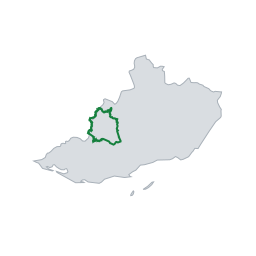 Catacamas, Olancho, Honduras shown in context, rotated 166°
{"feature_id": "27666195B98073695243909", "entity_name": "Catacamas", "entity_type": "district", "adm_level": 2, "iso_a3": "HND", "parent_name": "Honduras", "parent_adm1": "Olancho", "projection": "natural_earth1", "projection_center": [-85.508, 14.563], "detail": "fine", "context": "in_parent", "style": "outline", "palette": "green", "viewbox_px": 256, "rotation_deg": 166, "n_neighbors": 0, "source": "geoboundaries", "source_scale": "gbopen_adm2", "svg_char_len": 7555}
<svg xmlns="http://www.w3.org/2000/svg" viewBox="0 0 256 256"><g transform="rotate(166 128 128)"><path d="M227.5,118.8L219.3,118.2L215.4,119.4L213.7,122.0L212.2,123.1L211.0,122.9L208.5,123.9L204.8,126.2L201.4,127.1L198.4,126.5L197.5,127.1L197.3,127.9L196.9,128.6L195.7,129.0L194.4,128.8L192.9,128.0L192.1,128.3L192.0,129.8L191.2,130.2L189.6,129.5L187.9,130.1L186.0,131.9L183.3,132.3L179.8,131.2L177.1,129.3L175.2,126.4L172.9,125.6L168.9,127.8L167.3,130.3L166.9,131.9L167.3,133.2L166.6,134.2L164.7,134.6L163.3,136.3L162.3,139.3L162.1,141.6L162.7,143.2L161.8,144.4L159.3,145.1L156.5,147.7L153.2,152.0L149.9,155.0L146.6,156.7L145.0,158.6L145.1,160.7L144.9,161.4L144.3,161.6L143.2,161.9L136.9,157.4L135.1,154.2L133.5,154.7L131.5,156.3L128.7,159.9L125.7,164.7L124.3,165.3L116.8,164.5L112.8,165.0L112.0,165.6L111.6,167.4L111.8,169.8L112.9,178.4L113.5,181.9L112.9,183.0L110.9,183.1L108.3,183.6L106.8,185.3L106.5,186.9L106.4,189.2L105.5,191.6L103.9,193.4L102.3,194.0L93.4,194.4L93.5,190.5L90.9,188.9L89.5,185.6L88.2,183.3L88.6,182.0L88.5,180.4L84.9,179.2L81.5,180.1L79.5,179.5L78.1,178.7L80.5,176.7L80.7,175.5L79.9,174.6L79.1,174.1L79.4,171.9L79.9,169.2L81.3,163.1L80.8,162.1L78.5,160.2L75.6,160.0L72.4,160.6L70.9,159.7L69.6,157.6L67.3,156.6L63.3,158.2L59.0,160.8L57.7,161.7L56.6,161.6L56.2,159.7L56.0,157.4L55.7,156.9L53.4,156.1L50.8,155.5L49.4,154.9L48.2,153.4L45.0,151.4L44.3,149.9L40.1,146.6L39.2,144.9L38.3,143.7L36.2,142.2L34.6,142.5L29.3,140.6L28.5,140.4L29.2,138.8L30.9,136.2L34.6,133.3L34.9,130.9L34.0,126.4L33.0,123.5L33.6,122.2L34.7,117.0L35.6,115.8L41.0,113.1L41.5,112.8L45.7,109.1L50.4,104.9L55.2,100.4L60.7,95.3L63.7,92.4L65.0,91.1L68.1,92.1L70.6,89.7L72.0,88.9L75.3,86.1L76.4,85.4L81.9,84.3L84.6,84.3L86.9,87.2L88.8,88.8L92.3,87.4L95.2,87.1L107.4,89.8L112.2,88.6L121.0,88.4L125.0,89.0L130.6,85.2L134.2,84.4L138.5,82.6L137.9,80.8L136.9,80.0L143.3,80.8L152.9,84.7L163.2,84.0L166.9,81.9L169.3,81.3L179.8,85.3L182.5,88.3L184.7,88.6L186.4,87.9L186.8,87.3L184.7,86.6L183.8,85.7L192.1,87.6L207.7,102.1L208.0,103.3L201.3,99.0L197.8,99.3L196.9,100.0L197.1,102.3L197.4,103.4L198.9,103.5L200.1,102.9L202.8,103.7L204.6,105.2L206.8,107.6L208.2,110.2L209.6,110.3L211.0,108.7L213.6,108.5L215.4,110.2L216.6,110.1L214.9,107.4L210.9,104.8L211.8,104.6L220.7,109.5L223.2,115.5L225.3,116.9L227.5,118.8ZM123.0,66.7L117.8,69.6L116.2,69.5L118.6,67.3L122.4,65.3L125.6,64.4L128.2,64.8L123.0,66.7ZM140.6,63.5L138.1,65.7L137.7,64.7L138.8,62.7L140.3,61.6L141.7,61.7L141.4,62.6L140.6,63.5Z" fill="#d9dde1" stroke="#a8b0b8" stroke-width="1"/><path d="M150.2,153.7L150.3,153.8L150.6,153.7L150.6,153.8L150.5,154.0L150.4,154.1L150.6,154.2L151.3,154.4L151.5,154.3L151.8,154.3L151.9,154.2L151.7,153.9L151.8,153.8L152.1,153.9L152.2,153.7L152.1,153.2L152.2,152.9L152.4,152.8L152.5,153.2L152.6,153.3L152.7,153.1L152.6,152.9L152.9,152.8L153.0,152.9L153.1,153.0L153.1,152.6L153.4,152.6L153.5,152.6L153.6,152.2L153.8,152.1L153.8,151.9L154.0,151.8L154.1,152.1L154.6,152.1L154.7,151.8L154.8,151.7L155.0,151.8L155.2,151.5L155.5,151.5L155.5,151.1L155.8,150.9L155.6,150.6L155.7,150.3L155.7,150.0L155.9,149.8L156.0,149.6L156.2,149.4L156.4,149.3L156.4,149.2L156.2,148.8L156.3,148.7L156.5,148.7L156.4,148.3L156.4,148.0L156.2,147.9L156.3,147.7L156.6,147.7L156.7,147.8L156.6,148.1L156.8,148.1L157.0,147.9L157.0,147.6L157.0,147.4L157.4,147.4L157.5,147.3L157.5,146.9L157.8,146.8L157.9,146.7L158.5,146.5L158.8,146.7L159.2,146.7L159.3,146.3L159.8,146.4L160.1,146.4L160.3,146.4L160.8,146.6L161.0,146.6L161.4,146.5L161.8,146.6L162.0,146.4L162.4,146.8L162.7,146.4L162.8,145.9L163.0,145.7L163.4,145.3L163.4,145.1L163.5,144.9L163.5,144.7L163.2,144.5L162.9,144.4L162.7,144.3L162.6,143.6L162.4,143.8L162.3,143.7L162.2,143.2L162.2,142.9L162.1,142.7L162.2,142.4L161.8,142.2L161.5,142.3L161.4,142.0L161.4,141.9L161.9,141.6L162.0,141.2L162.0,140.8L162.3,140.8L162.4,140.5L162.4,140.2L162.7,140.0L162.7,139.8L162.5,139.3L162.7,138.9L162.5,138.6L162.9,138.2L163.1,138.3L163.2,138.0L163.5,138.0L163.7,137.8L163.7,137.2L164.0,136.6L164.0,136.3L163.7,135.7L163.9,135.4L163.9,135.0L163.8,134.9L163.7,134.9L163.6,134.6L163.8,134.4L164.1,134.5L164.4,134.2L164.5,134.1L164.6,134.3L164.9,134.5L165.0,134.9L165.1,135.1L165.4,135.3L165.7,135.4L166.1,135.1L166.3,135.1L166.6,134.8L167.1,134.5L167.8,133.2L167.7,133.2L167.2,133.3L167.1,133.2L167.4,132.8L167.6,132.6L167.7,132.3L167.7,132.2L167.5,131.9L167.3,131.8L166.8,131.6L163.3,127.5L163.5,127.4L163.7,127.2L163.9,127.2L164.0,127.1L164.0,126.9L163.9,126.7L163.7,126.7L163.9,126.1L164.0,125.9L164.0,125.7L164.2,125.4L164.2,124.9L164.2,124.6L164.3,124.4L164.6,124.4L164.8,124.2L165.0,124.1L165.1,123.9L165.1,123.7L165.0,123.8L164.7,123.7L164.6,123.8L164.4,123.8L164.3,123.7L164.1,123.5L164.1,123.3L163.7,123.4L163.4,123.5L163.3,123.8L163.2,123.9L163.2,123.5L163.1,123.4L162.9,123.4L162.7,123.5L162.7,123.8L162.7,124.2L162.6,124.3L162.8,124.5L162.7,124.6L162.3,124.7L162.2,124.3L162.0,124.2L162.0,124.3L161.9,124.2L161.8,124.3L161.8,124.2L161.7,124.0L161.7,123.8L161.3,123.7L161.1,123.5L160.9,123.4L160.9,123.1L160.7,123.2L160.5,123.3L160.4,123.2L160.2,123.2L160.0,122.9L159.8,122.8L159.8,122.7L159.6,122.7L159.4,122.4L159.0,122.5L158.7,122.2L158.4,122.5L158.1,122.7L157.8,122.9L157.7,122.8L157.4,122.8L157.3,122.7L157.2,122.8L156.9,122.7L156.9,122.8L156.7,123.2L156.6,123.3L156.4,123.4L156.4,123.5L156.5,123.6L156.4,123.7L156.2,123.7L155.9,123.4L155.5,123.3L155.5,123.5L155.4,123.6L155.2,123.5L154.7,123.4L149.8,119.6L149.6,119.4L149.0,117.6L148.7,117.5L146.1,115.4L145.1,115.6L142.9,117.3L142.6,117.3L142.4,117.2L141.3,116.4L138.5,116.7L138.3,117.3L139.1,121.4L138.9,121.5L139.3,127.5L139.2,127.8L138.9,127.8L138.8,128.0L138.5,128.1L138.6,128.3L138.6,128.5L138.8,128.7L138.8,128.8L138.9,129.0L139.0,129.3L138.9,129.4L138.9,129.8L139.0,130.1L138.8,130.3L138.7,130.7L138.2,131.4L137.6,132.5L137.7,134.4L137.3,134.9L136.9,135.2L136.8,135.5L136.7,135.5L136.6,135.9L136.7,136.2L136.9,136.4L137.3,136.3L137.6,136.6L137.5,136.9L137.4,137.3L137.3,137.5L137.2,137.5L137.0,137.8L137.1,138.0L136.8,138.3L136.7,138.7L136.4,138.9L136.3,139.1L136.5,139.2L136.6,139.5L137.0,139.6L137.7,139.3L137.8,139.5L138.0,140.0L138.2,140.3L138.4,140.4L138.5,140.6L139.2,140.7L139.5,140.8L139.8,140.8L140.0,140.9L140.1,141.0L140.4,141.2L140.4,141.4L140.8,141.8L140.9,142.2L140.9,142.4L141.3,142.5L141.6,142.5L141.9,142.5L142.3,142.9L142.6,143.5L142.7,143.8L142.3,144.3L142.2,144.3L142.1,144.5L142.0,144.8L142.0,145.1L142.0,145.3L141.9,145.4L142.2,145.8L142.0,146.2L142.1,146.3L142.2,146.7L142.1,146.8L142.2,147.2L142.0,147.6L141.9,147.8L141.7,147.9L141.6,148.1L141.3,148.1L141.2,148.4L140.9,148.6L140.7,148.7L140.5,148.8L140.3,148.9L140.2,149.2L140.2,149.3L139.8,149.8L139.7,150.1L139.4,150.8L139.4,151.0L139.4,151.4L139.6,151.4L139.9,151.3L140.0,151.3L140.3,151.0L140.5,150.6L140.4,150.4L140.3,150.2L140.5,150.0L140.6,149.8L141.2,149.6L141.3,149.5L141.3,149.3L141.4,149.2L141.5,149.3L141.6,149.1L141.9,149.1L142.0,149.2L142.0,149.3L142.3,149.6L142.4,149.8L142.5,150.0L142.9,150.1L143.5,150.0L143.6,149.4L143.8,149.2L143.8,148.7L144.1,148.6L144.3,148.7L144.3,148.9L144.3,149.0L144.6,149.1L144.8,149.2L145.0,149.1L145.3,149.0L145.6,149.0L145.8,149.3L145.9,149.2L146.2,149.3L146.4,149.2L146.7,149.5L146.9,149.5L147.1,149.6L147.3,149.5L147.2,149.3L147.2,149.2L147.4,149.0L147.4,148.9L147.5,148.9L147.6,149.1L147.9,149.5L148.0,149.8L148.4,149.9L148.6,150.1L148.7,150.5L148.8,150.6L148.9,150.9L149.0,151.1L149.0,151.5L148.9,151.6L148.9,151.8L148.9,152.0L148.9,152.4L148.9,152.5L149.0,152.7L149.4,152.9L149.6,153.0L149.9,153.0L150.2,153.4L150.2,153.7Z" fill="none" stroke="#15803d" stroke-width="2"/></g></svg>